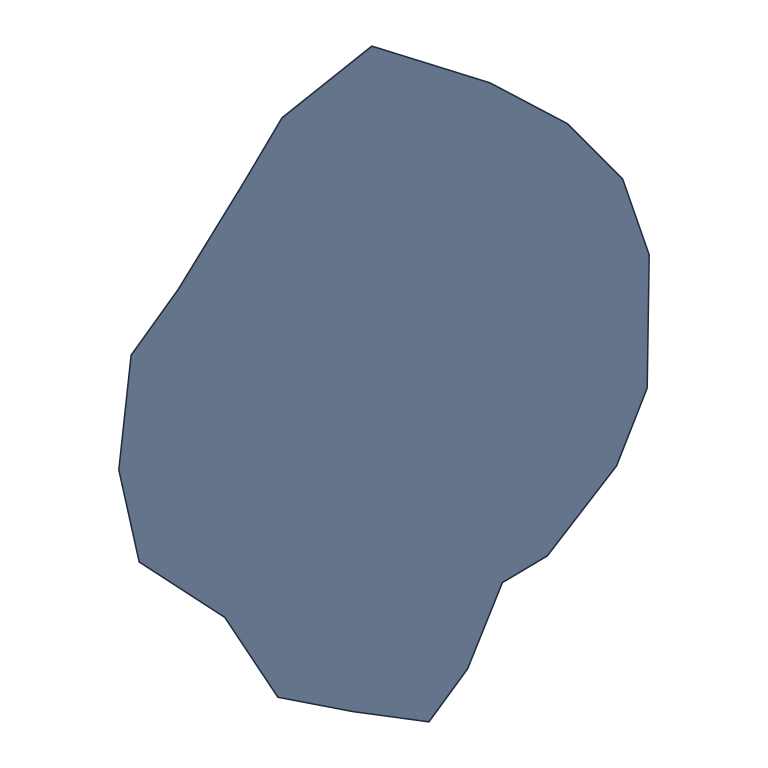 the district of Ganja City, Gəncə, Azerbaijan
{"feature_id": "54616110B84154267491992", "entity_name": "Ganja City", "entity_type": "district", "adm_level": 2, "iso_a3": "AZE", "parent_name": "Azerbaijan", "parent_adm1": "Gəncə", "projection": "albers", "projection_center": [46.358, 40.691], "detail": "fine", "context": "isolated", "style": "filled", "palette": "slate", "viewbox_px": 768, "rotation_deg": 0, "n_neighbors": 0, "source": "geoboundaries", "source_scale": "gbopen_adm2", "svg_char_len": 451}
<svg xmlns="http://www.w3.org/2000/svg" viewBox="0 0 768 768"><path d="M644.7,394.4L647.2,388.0L649.2,254.8L622.7,179.1L567.6,123.8L501.3,88.8L490.1,82.9L437.8,66.6L371.8,46.1L363.3,52.9L282.1,117.7L243.3,183.2L178.0,289.7L131.1,355.2L118.8,469.9L139.2,562.0L224.8,617.4L277.9,697.3L353.4,711.7L378.1,715.0L428.9,721.9L459.8,679.6L467.7,668.6L502.4,582.6L547.3,555.9L616.6,465.8L644.7,394.4Z" fill="#64748b" stroke="#1e293b" stroke-width="1.5"/></svg>